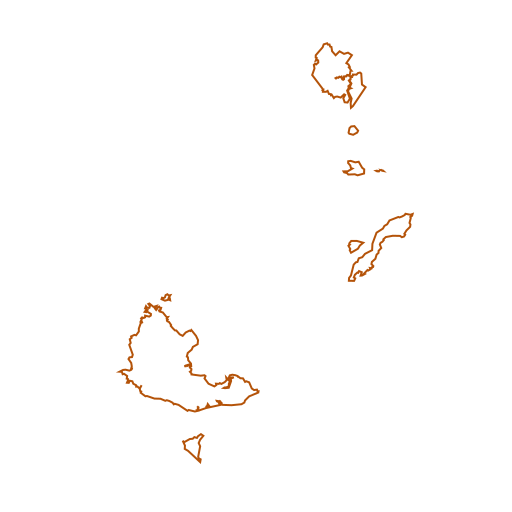 Montijo, Veraguas, Panama (orthographic projection), rotated 335°
{"feature_id": "35544464B52455238358598", "entity_name": "Montijo", "entity_type": "district", "adm_level": 2, "iso_a3": "PAN", "parent_name": "Panama", "parent_adm1": "Veraguas", "projection": "orthographic", "projection_center": [-81.451, 7.644], "detail": "fine", "context": "isolated", "style": "outline", "palette": "amber", "viewbox_px": 512, "rotation_deg": 335, "n_neighbors": 0, "source": "geoboundaries", "source_scale": "gbopen_adm2", "svg_char_len": 6134}
<svg xmlns="http://www.w3.org/2000/svg" viewBox="0 0 512 512"><g transform="rotate(335 256 256)"><path d="M141.6,258.8L139.3,254.0L138.2,254.0L138.8,256.5L137.5,257.9L135.4,256.8L135.1,255.0L133.4,256.6L134.6,257.3L134.3,258.1L131.5,259.6L132.8,260.5L134.0,259.4L134.6,259.4L133.8,260.3L136.3,264.1L135.5,265.5L133.6,265.8L130.3,263.2L129.6,264.7L128.0,264.7L126.8,263.5L125.5,264.0L125.8,264.9L123.9,266.5L124.8,266.8L124.7,268.1L123.2,268.1L119.1,272.3L117.9,274.9L113.8,277.2L112.5,276.1L108.8,276.1L108.7,277.6L106.4,278.1L105.7,281.8L103.6,282.9L102.6,293.4L100.9,295.2L98.5,294.4L96.9,295.5L97.7,300.2L96.8,303.5L94.7,306.0L96.6,304.8L95.9,305.8L94.9,306.4L92.8,306.4L89.7,303.9L87.4,303.1L83.5,303.2L85.5,304.3L85.2,306.8L86.6,307.0L88.5,310.3L87.0,312.5L87.9,313.2L87.6,314.4L85.5,316.3L87.1,317.2L88.9,315.7L91.0,317.3L90.8,319.9L92.7,322.4L92.2,323.8L93.3,324.1L94.5,326.9L97.7,324.8L94.5,327.2L94.0,329.5L94.7,330.3L93.7,331.2L96.5,336.4L98.0,336.8L103.7,342.3L109.1,345.0L112.6,348.9L114.2,349.0L116.2,350.8L118.4,353.7L118.8,355.7L119.9,355.6L122.9,358.2L128.5,367.4L129.9,367.1L134.9,371.1L137.8,371.7L137.5,371.0L139.8,368.8L139.3,367.9L139.2,367.4L139.9,368.9L138.6,371.1L137.7,370.9L138.1,371.8L146.6,372.7L147.4,371.4L149.0,371.1L150.0,371.5L149.1,370.5L149.7,369.8L150.1,371.7L148.9,371.5L147.0,372.8L162.0,376.2L161.5,375.4L162.5,374.9L162.1,373.6L160.3,373.9L160.3,373.0L160.9,372.1L159.8,371.9L159.2,371.2L159.2,370.7L161.1,372.0L160.5,373.8L162.1,372.1L162.7,372.0L161.9,372.6L162.7,374.8L161.7,375.5L162.8,376.8L170.8,380.9L180.2,384.2L183.5,383.9L185.0,382.3L190.5,380.3L200.4,380.7L201.1,379.7L200.2,379.4L200.4,377.5L197.6,376.7L196.2,374.3L196.4,367.6L194.2,365.4L192.9,365.5L192.5,361.4L190.2,360.2L189.0,357.9L188.6,358.6L188.7,357.2L187.0,355.4L184.4,353.6L181.8,353.1L179.9,354.8L180.5,356.1L181.6,355.4L184.6,356.6L181.2,356.5L180.6,358.8L175.6,363.9L172.1,362.7L171.0,362.0L172.0,361.9L172.1,361.0L172.1,362.4L176.2,362.7L177.5,360.2L179.3,358.8L177.7,353.6L177.0,356.1L174.3,357.1L170.5,357.3L169.5,355.9L168.3,356.2L165.8,354.8L165.5,356.2L163.2,356.6L159.0,351.7L157.6,345.2L159.5,343.5L158.9,342.3L155.3,341.1L147.5,336.1L147.9,335.3L147.2,333.0L148.7,332.7L149.7,331.2L148.9,329.1L149.6,326.7L148.4,326.5L147.8,326.0L147.3,326.5L146.5,325.8L145.8,326.3L144.5,325.7L146.4,325.6L147.3,326.3L147.7,325.8L149.6,326.1L149.8,328.4L150.7,328.5L151.6,326.0L150.5,321.9L151.5,319.0L150.8,317.9L153.2,315.0L158.1,313.7L160.4,311.7L165.8,311.3L167.9,307.8L167.9,303.1L166.1,295.7L164.9,296.3L164.2,295.5L160.0,295.6L155.8,297.4L153.7,294.7L152.3,289.8L151.1,289.2L150.2,286.7L149.2,283.3L149.9,282.7L149.3,279.1L148.0,277.6L148.1,276.6L149.1,276.3L148.6,275.1L150.4,274.1L149.2,273.7L147.7,267.8L145.1,265.5L145.1,264.3L146.8,264.4L148.1,262.9L147.0,262.3L146.9,260.9L146.0,260.8L142.7,262.7L142.2,260.7L144.6,259.2L141.6,258.8ZM394.0,101.3L394.7,102.2L392.7,104.2L394.5,104.2L395.0,105.0L394.2,107.0L391.4,107.8L390.9,106.7L389.2,107.2L388.3,110.7L383.4,115.7L387.1,132.9L386.5,133.6L387.3,133.8L386.1,135.5L388.9,136.8L390.7,136.6L390.6,140.0L392.2,140.9L391.9,141.9L392.8,141.9L393.3,145.8L394.9,145.2L397.0,145.8L399.7,148.2L404.2,146.7L404.9,147.7L401.8,149.9L401.3,154.1L403.8,155.6L407.6,153.1L408.5,144.6L411.0,143.0L411.5,141.1L414.8,140.2L414.3,136.2L416.3,135.6L417.6,133.2L415.1,130.6L413.7,131.4L411.6,130.6L410.5,133.0L409.5,133.1L408.8,132.3L409.2,129.6L408.0,129.7L407.3,128.8L405.8,129.3L404.7,128.4L403.5,128.9L403.3,128.4L404.8,128.3L405.8,129.2L407.3,128.7L408.0,129.6L409.2,129.5L409.6,133.0L410.5,132.7L411.5,130.4L413.5,131.1L415.2,130.4L417.3,131.8L420.1,127.9L420.8,128.3L419.9,124.3L420.9,124.3L420.8,121.5L419.4,119.4L427.8,114.5L425.3,110.6L421.2,110.0L418.2,105.8L413.0,107.7L411.5,102.6L412.7,98.4L411.7,97.5L412.0,95.4L410.5,94.8L410.4,93.3L406.8,92.8L404.6,95.0L395.0,99.3L394.0,101.3ZM401.5,280.8L392.0,280.2L388.3,282.7L385.1,283.0L382.6,284.8L375.1,285.8L366.7,294.1L363.7,299.8L355.7,300.1L351.8,302.0L348.2,301.5L345.4,304.3L343.9,303.9L340.9,305.1L333.8,313.8L331.1,315.2L329.7,317.7L334.4,320.0L336.5,318.2L335.6,316.8L337.7,314.8L340.9,313.8L341.5,314.4L343.0,313.2L345.0,315.4L342.5,318.0L343.8,318.5L346.8,318.3L346.2,317.7L351.1,315.8L351.5,316.6L354.1,316.4L354.2,315.0L355.7,316.0L356.6,315.1L357.5,315.4L358.1,314.7L357.2,312.1L358.6,310.3L363.0,309.0L365.9,305.7L368.3,305.0L369.3,303.1L372.9,301.7L373.1,297.9L374.5,296.7L376.6,296.5L378.5,295.6L378.5,294.7L381.7,293.7L388.6,295.5L395.1,298.7L396.1,300.6L398.4,300.9L400.2,299.8L399.8,298.6L403.2,296.4L408.0,294.7L409.3,292.7L409.1,290.9L412.3,287.0L412.3,285.9L414.5,285.5L415.7,284.1L413.4,283.9L409.3,280.9L408.1,281.7L405.0,281.9L402.4,281.7L401.5,280.8ZM423.7,134.1L420.5,132.5L420.1,133.4L418.4,133.4L418.4,134.3L417.3,133.9L416.3,136.0L414.7,136.5L415.4,139.9L411.2,143.6L412.4,143.5L412.9,144.1L410.6,143.9L409.0,145.8L409.2,153.7L406.4,157.4L404.7,161.8L407.2,161.1L426.7,149.3L424.5,145.4L428.5,135.1L427.8,133.7L425.7,133.3L423.7,134.1ZM118.7,393.9L112.3,394.4L111.5,392.5L111.5,397.8L109.9,400.7L112.1,403.9L118.3,419.2L119.9,416.9L118.6,415.2L118.7,413.6L125.0,404.8L125.0,401.3L127.7,398.9L132.3,396.7L130.8,394.2L127.3,394.8L125.6,395.9L123.6,394.1L121.4,394.9L118.7,393.9ZM379.6,209.1L378.8,210.7L379.7,213.8L379.2,216.4L380.3,217.5L374.9,218.0L371.1,216.3L371.2,217.4L373.5,219.3L374.1,221.2L380.1,223.7L382.2,225.8L388.8,226.9L390.7,223.2L389.5,220.9L388.9,214.0L385.6,213.1L382.0,209.8L379.6,209.1ZM348.7,282.6L346.0,283.9L345.3,284.9L345.7,285.4L344.1,285.8L344.4,289.5L343.4,290.3L343.5,293.2L351.4,292.5L354.6,290.4L358.8,289.3L353.7,284.9L348.7,282.6ZM400.1,179.9L397.0,178.8L394.8,179.6L392.0,183.4L392.2,184.6L395.3,187.2L399.9,186.9L401.5,185.6L400.1,179.9ZM159.5,253.2L157.5,253.3L156.0,255.0L154.3,255.1L153.2,254.1L152.1,255.2L154.6,258.0L158.5,258.7L159.5,259.8L159.9,258.3L158.8,258.3L158.7,257.4L161.8,255.3L160.2,254.9L159.5,253.2ZM407.4,232.8L407.1,232.1L406.0,231.3L406.3,232.0L407.4,232.8ZM402.1,230.5L401.7,229.8L400.9,229.6L401.5,230.4L402.1,230.5ZM403.9,230.9L402.8,230.8L402.6,231.0L403.2,231.3L403.9,230.9Z" fill="none" stroke="#b45309" stroke-width="2"/></g></svg>